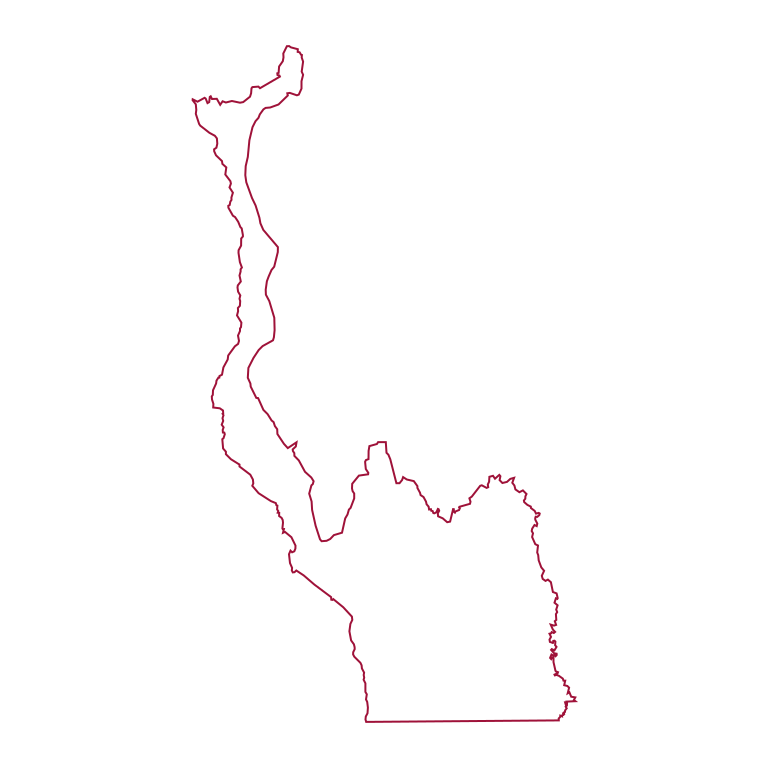 Nyasa, Ruvuma, United Republic of Tanzania
{"feature_id": "72390352B51604936414420", "entity_name": "Nyasa", "entity_type": "district", "adm_level": 2, "iso_a3": "TZA", "parent_name": "United Republic of Tanzania", "parent_adm1": "Ruvuma", "projection": "equal_earth", "projection_center": [34.941, -11.007], "detail": "fine", "context": "isolated", "style": "outline", "palette": "rose", "viewbox_px": 768, "rotation_deg": 0, "n_neighbors": 0, "source": "geoboundaries", "source_scale": "gbopen_adm2", "svg_char_len": 6086}
<svg xmlns="http://www.w3.org/2000/svg" viewBox="0 0 768 768"><path d="M197.5,101.7L192.7,99.3L192.6,100.2L195.8,104.3L196.3,109.9L195.8,113.8L199.1,123.9L200.2,125.6L209.4,132.8L214.9,135.8L216.9,138.4L217.3,143.7L216.4,147.7L214.1,149.3L214.2,151.3L216.0,155.3L222.0,161.1L222.4,163.9L226.3,167.4L225.3,174.5L230.4,181.2L230.9,183.6L229.5,187.4L232.9,192.7L231.4,197.6L231.5,199.9L230.3,201.7L229.7,205.0L228.3,205.8L228.4,207.7L232.9,215.7L235.1,217.1L238.2,221.8L240.4,227.1L241.7,228.4L242.9,235.1L242.9,236.5L241.2,238.5L241.1,245.6L238.6,250.2L238.5,252.8L239.9,262.2L241.9,267.5L240.6,269.3L240.6,271.5L239.5,275.5L240.8,281.5L237.8,285.4L237.5,287.5L238.1,291.7L240.3,295.4L239.5,298.8L240.2,301.0L239.9,305.8L237.9,308.0L238.1,311.2L237.0,315.4L241.4,322.6L241.0,327.1L240.0,328.5L240.0,331.0L238.0,335.6L239.0,340.9L238.1,343.9L234.9,346.3L228.2,355.5L227.7,359.5L223.4,367.4L222.0,374.7L219.5,376.0L219.3,377.6L218.4,377.6L216.5,380.6L216.1,383.5L213.0,390.3L212.8,394.9L211.8,396.4L212.0,399.5L213.4,403.9L213.2,407.5L219.8,408.3L223.0,410.5L223.2,413.4L222.6,413.8L223.5,415.2L222.5,418.2L223.2,420.9L221.7,424.7L223.6,427.3L222.7,429.9L222.9,432.5L224.3,432.6L224.8,434.2L223.5,438.2L222.3,439.2L223.1,448.5L225.9,451.7L225.9,454.2L230.9,459.2L239.5,464.6L239.5,466.5L250.3,474.7L252.9,479.5L253.3,483.4L252.3,485.8L258.6,493.2L270.9,501.1L275.8,503.1L276.4,505.2L277.4,505.6L277.1,509.4L278.3,511.1L277.7,512.7L279.2,512.9L279.1,516.0L281.6,517.9L282.7,520.0L283.0,522.7L282.4,528.4L282.8,529.2L283.9,529.1L283.0,532.8L285.0,531.9L291.4,537.2L295.5,545.6L295.4,548.6L294.3,551.3L292.1,552.3L290.5,550.7L289.0,554.2L290.0,563.1L292.1,567.9L291.8,570.4L292.8,572.4L294.5,572.2L296.3,570.5L303.7,575.4L314.4,584.6L331.1,597.1L331.3,599.7L332.5,599.9L333.3,599.1L343.2,607.2L351.9,616.6L352.3,619.9L350.4,623.9L349.4,631.3L351.1,640.4L353.9,644.3L354.6,647.1L354.7,649.1L353.2,652.2L353.1,654.4L354.3,656.7L360.4,662.8L361.6,665.3L361.9,668.4L364.1,672.6L363.7,675.0L364.2,677.7L363.6,679.7L365.4,683.3L365.4,691.9L366.8,694.3L366.0,699.4L367.2,701.9L367.9,707.6L367.5,713.3L365.8,716.5L365.5,719.5L366.2,721.9L558.8,720.4L558.7,718.5L560.2,716.9L560.3,715.6L562.0,716.3L561.9,715.5L563.3,715.0L563.1,713.6L564.1,713.8L564.0,712.4L565.0,711.9L565.1,710.4L566.7,708.3L565.7,706.7L566.9,705.6L567.0,703.8L565.7,704.5L565.1,702.4L566.7,702.5L566.5,701.6L575.4,701.2L573.9,700.0L575.3,697.4L571.2,696.7L569.4,692.3L567.7,693.3L569.1,687.7L567.4,686.0L564.2,685.2L565.2,680.7L563.5,680.7L562.8,678.6L558.9,675.8L556.5,674.9L554.9,675.4L554.5,674.6L557.6,673.2L558.0,672.2L555.8,671.4L555.4,670.5L553.5,662.1L553.5,657.2L552.1,657.5L551.2,659.1L550.1,657.9L551.5,654.5L553.3,655.6L554.3,654.7L555.6,656.2L556.7,655.0L556.6,653.7L554.1,653.3L551.1,649.9L551.8,649.1L554.4,650.4L556.5,646.9L555.1,645.2L555.4,641.6L554.5,640.7L553.3,640.9L552.9,643.6L552.6,642.8L549.9,641.9L549.5,639.6L551.0,636.9L549.5,633.7L551.1,633.3L551.7,632.1L553.8,633.0L555.1,631.9L552.9,629.6L550.7,624.6L554.0,625.6L556.1,624.9L554.8,621.2L556.3,619.9L555.9,614.1L557.2,612.1L556.2,609.6L557.6,605.3L554.5,602.7L555.9,598.3L557.3,598.9L557.7,598.2L556.6,593.4L552.9,592.0L550.9,582.2L547.9,579.6L545.5,580.9L542.7,578.9L541.8,575.8L544.1,570.8L541.3,567.4L538.7,560.4L538.2,555.1L537.2,552.5L538.0,545.5L535.3,544.2L532.1,537.0L533.0,533.3L531.7,531.0L532.2,528.6L534.5,525.0L536.7,526.1L537.3,523.6L535.3,519.7L535.2,518.2L535.7,516.7L537.2,516.9L539.3,515.1L539.7,513.5L538.7,512.9L536.0,513.6L534.7,510.9L530.9,508.0L530.8,506.6L527.4,504.9L524.2,502.1L523.9,500.5L525.3,498.7L525.4,496.3L526.5,494.0L522.9,490.4L519.4,492.2L515.4,489.4L514.4,485.5L512.3,482.8L514.1,477.8L510.3,478.9L507.0,481.9L502.4,483.0L499.6,480.1L500.4,476.2L499.3,474.9L495.0,478.7L493.0,475.8L489.4,476.8L489.1,481.7L487.8,484.5L488.2,487.2L486.6,487.9L481.8,485.3L480.2,485.8L471.8,496.6L469.4,498.3L470.5,501.7L470.0,503.8L459.4,506.8L459.1,507.4L459.8,508.3L459.1,510.0L455.4,511.5L454.9,512.6L453.9,511.8L453.8,509.2L453.1,509.1L450.1,521.6L447.2,522.2L442.7,518.3L438.1,516.3L437.8,513.3L439.2,510.8L438.6,509.2L437.9,508.9L436.4,512.2L434.5,513.3L433.4,513.1L432.6,511.0L431.3,510.8L430.9,509.2L429.1,509.5L428.6,506.6L426.6,504.3L426.0,501.6L423.5,497.0L420.6,495.1L420.0,492.7L417.4,487.9L417.4,486.1L413.8,481.1L406.8,479.5L403.1,477.1L402.1,480.0L399.5,483.2L396.4,483.2L390.3,459.3L388.4,454.7L386.5,452.8L385.8,442.1L378.1,442.1L376.9,444.0L369.4,446.1L368.6,450.9L368.5,459.1L365.9,460.1L365.1,461.8L365.8,469.0L368.3,472.8L368.1,474.3L358.9,475.6L352.2,483.8L352.0,488.4L352.6,491.1L354.2,493.5L354.2,498.4L350.6,507.9L348.9,509.6L347.5,514.5L345.2,518.4L342.0,532.7L333.9,535.1L330.2,539.0L326.6,540.8L321.6,541.2L320.0,539.3L315.6,525.7L312.1,509.9L311.6,501.5L309.2,493.6L311.4,485.4L312.8,484.1L313.6,481.2L311.3,477.5L305.0,471.8L298.8,460.4L294.4,455.9L294.3,453.1L292.9,451.0L292.7,449.4L295.8,446.5L296.5,442.3L287.8,448.1L283.9,443.8L277.4,434.0L277.2,429.2L274.9,426.1L273.6,422.1L271.6,420.5L267.6,414.1L263.4,409.9L258.1,398.1L256.3,397.9L250.7,386.6L250.4,383.5L247.8,377.8L248.4,367.9L253.5,357.9L258.7,350.0L262.6,346.1L273.0,340.3L273.9,337.3L274.6,330.1L274.3,317.8L269.3,301.1L265.9,294.7L265.7,289.7L266.9,281.2L268.7,276.4L271.5,270.0L274.2,266.7L277.8,252.1L277.9,247.1L263.3,229.9L260.4,223.3L259.4,217.7L255.6,205.5L252.0,198.0L246.3,182.3L245.3,175.2L245.7,166.1L247.8,157.0L249.4,140.2L252.5,127.2L255.5,121.2L258.5,117.8L259.8,114.4L263.4,109.4L265.6,107.9L270.2,107.5L278.5,104.5L287.8,95.5L287.3,93.3L289.8,92.9L296.9,95.3L298.8,94.6L301.5,88.6L301.5,81.2L303.1,74.8L301.7,71.6L303.1,61.6L301.7,57.5L301.9,55.0L301.1,54.8L299.6,52.3L297.7,51.9L297.8,49.2L291.0,47.4L289.1,46.1L286.9,46.2L283.3,53.5L283.5,57.4L282.8,61.2L279.1,66.5L278.6,72.9L277.3,73.3L277.5,75.0L279.4,75.5L279.9,76.6L260.0,88.2L258.4,86.6L252.4,87.1L251.5,88.3L251.1,93.3L250.0,96.7L243.2,102.1L240.0,102.7L231.9,101.0L225.9,102.5L222.6,101.3L220.2,104.8L216.8,98.8L212.0,99.0L210.7,96.3L209.8,96.9L209.2,102.1L207.5,103.1L205.7,98.6L204.6,97.8L197.5,101.7Z" fill="none" stroke="#9f1239" stroke-width="2"/></svg>